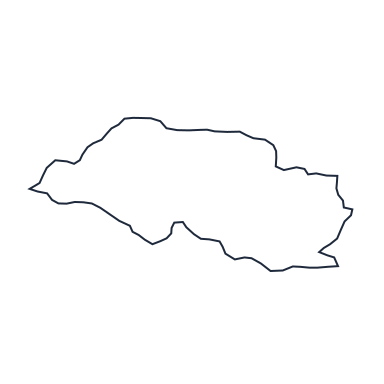 outline of Dona Euzébia, Minas Gerais, Brazil, rotated 278°
{"feature_id": "56859067B95885529196017", "entity_name": "Dona Euzébia", "entity_type": "district", "adm_level": 2, "iso_a3": "BRA", "parent_name": "Brazil", "parent_adm1": "Minas Gerais", "projection": "equal_earth", "projection_center": [-42.804, -21.326], "detail": "fine", "context": "isolated", "style": "outline", "palette": "slate", "viewbox_px": 384, "rotation_deg": 278, "n_neighbors": 0, "source": "geoboundaries", "source_scale": "gbopen_adm2", "svg_char_len": 1333}
<svg xmlns="http://www.w3.org/2000/svg" viewBox="0 0 384 384"><g transform="rotate(278 192 192)"><path d="M138.9,346.9L147.0,341.9L148.1,335.0L150.2,326.3L154.9,330.3L159.5,336.0L166.1,342.2L175.4,344.7L184.1,347.2L191.1,352.7L197.1,353.2L197.8,344.5L204.5,342.7L209.6,337.2L215.7,334.5L221.5,334.2L228.2,333.7L227.0,322.8L227.7,312.4L225.6,304.5L230.5,300.2L231.0,292.0L226.5,279.9L229.0,271.4L237.8,270.7L244.2,269.6L249.7,266.0L254.0,257.0L253.8,245.3L255.8,238.1L258.4,230.9L256.4,218.5L255.2,206.0L255.8,198.3L254.6,191.2L252.6,180.3L251.2,168.7L251.6,157.8L257.7,150.8L259.3,141.0L258.1,130.5L257.2,123.2L255.2,114.9L248.5,109.9L243.8,103.4L238.3,99.7L231.2,95.2L226.5,87.4L221.8,82.3L213.8,78.3L207.9,76.5L203.5,71.3L204.9,63.9L204.4,52.2L195.7,44.8L187.9,42.2L179.7,39.8L172.5,30.8L171.0,39.0L170.5,48.7L164.7,54.5L162.1,61.3L163.0,69.4L165.8,77.3L166.7,85.8L166.7,94.4L163.6,103.4L158.6,113.4L153.3,124.0L149.9,135.2L144.3,138.7L142.0,145.2L138.2,151.9L134.8,160.1L138.9,167.5L142.6,173.3L148.1,177.2L153.6,176.8L159.2,178.7L161.0,187.1L156.3,191.3L150.5,199.8L146.9,207.3L147.5,215.8L146.9,226.2L142.1,229.9L135.6,233.7L131.2,243.8L134.5,253.1L134.7,260.2L130.8,270.2L124.7,280.8L126.9,292.8L132.3,302.2L133.0,309.9L133.4,318.6L134.5,326.6L136.9,337.2L138.9,346.9Z" fill="none" stroke="#1e293b" stroke-width="2"/></g></svg>